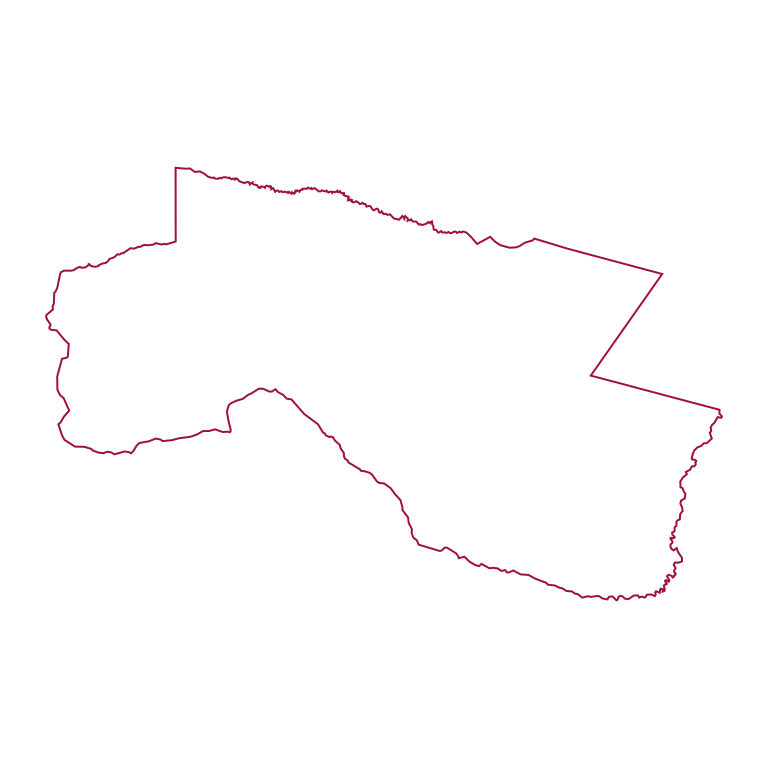 El Carmen, Jujuy, Argentina
{"feature_id": "61730980B76568954927707", "entity_name": "El Carmen", "entity_type": "district", "adm_level": 2, "iso_a3": "ARG", "parent_name": "Argentina", "parent_adm1": "Jujuy", "projection": "robinson", "projection_center": [-65.18, -24.455], "detail": "fine", "context": "isolated", "style": "outline", "palette": "rose", "viewbox_px": 768, "rotation_deg": 0, "n_neighbors": 0, "source": "geoboundaries", "source_scale": "gbopen_adm2", "svg_char_len": 6075}
<svg xmlns="http://www.w3.org/2000/svg" viewBox="0 0 768 768"><path d="M345.2,195.9L343.6,194.9L344.2,193.9L344.0,193.1L341.4,193.2L340.0,191.2L339.2,192.2L337.6,192.1L337.4,190.7L334.9,192.3L333.2,191.7L332.3,192.9L331.7,191.9L330.3,191.6L328.3,192.5L326.7,190.7L326.0,191.5L321.9,190.4L320.9,191.3L318.7,191.3L314.6,188.1L312.1,189.2L311.1,188.0L310.1,188.8L308.0,187.6L306.7,188.8L303.1,188.6L302.4,189.8L301.6,189.4L299.9,190.6L299.5,191.8L297.2,190.4L295.4,190.6L295.2,191.3L295.8,191.8L294.2,193.7L292.3,192.4L292.3,193.4L291.6,193.8L289.3,192.0L288.4,192.7L287.9,191.9L286.9,192.6L285.0,191.7L282.5,192.2L281.4,191.2L279.3,191.9L277.9,190.5L276.4,190.7L275.2,191.8L273.1,188.1L271.2,189.2L271.0,186.6L270.1,186.0L269.3,186.8L266.9,185.7L266.0,185.9L264.9,187.8L263.9,186.8L260.8,186.5L260.2,187.0L260.5,187.7L259.9,188.0L258.5,187.5L257.1,185.2L253.8,184.5L252.2,183.4L252.5,182.5L250.7,183.2L249.9,184.5L248.6,182.1L246.7,182.1L244.5,183.1L242.9,182.6L239.2,181.2L238.0,179.4L236.4,178.4L235.6,178.4L235.7,179.3L234.4,179.6L233.2,178.6L230.9,179.1L229.5,177.6L228.4,178.0L225.5,177.2L222.7,177.4L221.4,178.4L219.8,177.8L218.7,178.6L216.3,178.8L214.4,178.3L214.0,177.6L211.3,177.8L207.7,176.5L204.5,173.8L199.8,171.4L194.8,171.9L190.1,168.5L185.4,168.7L175.6,167.8L175.7,241.5L166.5,244.3L164.1,243.9L161.4,244.5L155.9,243.1L153.3,244.6L147.7,245.3L145.0,244.9L142.3,245.6L140.4,246.8L138.6,246.8L134.2,248.6L130.6,248.2L123.2,253.1L121.4,253.3L119.7,254.5L117.3,254.4L114.2,257.3L109.5,258.9L107.8,261.3L105.8,262.9L102.6,263.5L99.1,265.0L98.2,266.1L95.1,266.8L93.4,266.6L90.7,265.8L89.7,264.4L88.6,264.1L88.3,265.3L85.4,267.4L81.7,267.8L79.9,266.8L75.3,268.8L74.3,270.0L71.1,270.7L63.9,270.7L61.1,272.1L60.2,273.7L57.3,287.8L55.4,291.7L54.3,292.7L53.8,303.7L52.6,306.5L52.9,309.5L46.5,314.9L46.1,316.4L47.0,319.4L50.4,324.3L50.3,326.0L49.4,327.1L49.6,328.9L51.2,329.8L56.6,330.4L64.1,339.5L68.8,344.0L67.8,356.8L66.6,357.8L62.0,358.8L57.2,376.6L57.4,389.8L60.1,395.1L63.7,398.2L69.2,410.6L64.1,416.4L60.3,422.8L58.4,424.2L61.9,435.1L64.5,439.9L74.9,446.6L84.3,446.8L91.0,448.8L92.7,450.4L97.6,452.4L103.4,453.2L107.3,451.7L111.1,452.4L114.5,454.3L124.5,451.5L128.9,452.1L131.1,453.3L133.4,451.0L136.7,445.5L139.4,443.0L148.8,441.3L155.7,438.6L160.5,439.5L162.6,441.1L171.8,440.2L179.3,438.2L190.4,436.8L197.3,434.4L202.8,431.1L209.1,431.0L215.0,429.3L222.7,432.0L227.8,431.7L229.9,432.2L230.7,431.0L230.5,429.0L228.5,420.9L226.9,411.5L228.8,405.1L230.8,403.3L236.5,400.7L242.7,398.9L248.5,394.6L250.4,394.0L259.0,388.6L263.4,388.9L269.2,391.5L272.0,391.5L275.4,389.2L278.1,392.2L283.3,395.0L286.8,398.7L291.4,399.4L304.2,414.0L318.0,424.3L322.9,432.4L325.0,433.7L325.8,435.3L329.2,437.0L330.5,436.6L333.0,437.3L334.8,440.4L339.9,445.0L340.5,448.1L343.8,453.0L344.0,456.4L344.9,458.6L347.8,460.7L348.5,462.5L360.0,469.4L361.2,470.9L364.5,471.2L369.9,472.9L372.2,474.8L376.9,481.4L379.4,483.0L384.0,483.4L390.7,488.2L395.2,494.4L400.4,500.0L402.4,507.0L402.5,510.2L408.1,517.5L408.7,522.9L411.9,529.1L411.6,532.8L413.4,537.7L416.9,540.4L418.6,544.6L439.4,550.9L441.6,550.6L444.8,547.6L446.9,547.6L455.9,553.2L457.9,555.7L458.8,558.2L464.3,556.7L469.4,561.6L475.3,565.1L479.2,566.1L481.4,563.9L489.5,568.3L492.9,567.8L497.9,568.5L501.2,570.9L505.2,570.1L506.8,572.4L508.9,572.4L513.3,570.5L520.6,574.4L528.4,574.9L535.1,578.6L546.4,582.9L547.9,584.7L555.0,585.5L559.3,587.7L562.2,588.3L566.5,591.0L571.7,591.4L575.4,593.8L577.4,593.9L582.3,597.6L588.1,596.2L590.6,596.9L597.4,596.0L599.4,596.3L602.3,598.4L607.3,599.4L609.1,596.8L612.6,596.4L616.3,600.2L617.1,600.1L618.1,598.7L618.5,596.8L620.5,595.8L622.9,596.6L625.0,598.7L628.4,599.1L633.9,595.5L638.0,595.4L639.1,597.5L642.0,596.6L644.8,597.6L646.0,596.5L646.8,594.7L651.5,594.5L654.8,596.1L655.7,594.5L655.2,592.4L656.0,591.3L659.8,592.7L660.1,589.8L660.8,588.6L662.7,589.2L662.6,591.6L664.5,590.9L664.7,589.0L663.8,585.7L664.5,584.8L666.5,584.3L666.8,583.7L665.1,581.5L665.2,580.5L666.3,580.1L668.5,581.7L669.1,581.5L669.3,580.2L667.1,576.3L667.8,575.1L670.1,575.1L671.7,575.9L672.7,577.5L673.9,576.7L674.2,575.3L675.6,574.6L675.6,573.2L674.3,572.2L674.0,570.6L675.6,568.2L673.7,564.7L674.9,562.5L678.6,562.7L682.0,561.3L682.0,557.9L678.3,552.5L676.6,548.1L673.6,550.4L671.1,548.5L670.4,546.4L670.6,544.4L672.5,542.6L672.1,540.7L670.5,539.0L670.6,537.8L673.7,538.2L674.7,537.2L672.2,534.4L672.2,532.5L674.5,531.3L674.7,527.2L676.5,525.8L676.4,522.0L677.3,520.5L679.8,519.4L680.2,514.2L682.6,510.8L682.0,507.0L680.4,503.8L681.0,500.7L684.7,498.5L685.4,493.5L683.9,491.9L682.5,488.0L680.5,487.2L680.3,481.6L682.7,477.6L686.8,474.2L685.8,472.0L690.0,469.8L691.9,466.3L694.4,466.3L695.8,464.2L695.3,462.6L696.3,461.0L694.8,459.8L691.9,459.3L691.9,456.8L694.1,450.6L697.4,447.4L701.3,445.9L703.7,443.4L706.9,443.1L711.8,438.5L709.8,432.8L711.2,431.1L710.7,427.6L711.7,425.3L714.3,422.9L717.7,417.1L721.2,417.8L721.9,416.4L719.4,413.6L719.5,409.8L590.8,375.6L662.2,274.0L567.6,248.7L534.3,238.6L532.6,240.4L524.9,242.7L519.7,246.0L516.2,247.4L509.5,247.7L500.4,245.2L495.1,241.7L490.2,236.8L477.1,244.0L471.2,237.1L466.3,232.5L462.8,231.5L461.2,232.5L459.7,231.7L456.9,233.0L456.0,231.9L454.2,231.5L451.6,233.1L449.7,233.0L448.7,232.0L446.2,233.0L444.9,232.3L442.4,232.6L441.2,231.1L439.0,232.5L438.1,232.5L436.1,229.8L434.2,229.9L433.7,229.4L433.3,225.9L432.3,224.7L432.0,221.4L430.6,221.8L429.8,223.2L428.0,222.1L426.4,223.7L422.0,225.1L420.4,224.1L418.9,224.6L416.2,221.6L412.6,221.4L411.1,219.3L410.1,220.4L408.6,220.0L407.7,220.7L407.7,218.4L405.1,216.0L404.3,217.0L404.3,218.8L402.2,216.0L399.2,219.7L394.0,218.5L389.9,214.3L387.5,214.9L385.6,213.7L383.7,214.1L381.6,211.3L380.6,212.7L379.8,212.7L378.8,211.9L378.3,209.5L377.4,208.7L376.2,208.8L374.3,210.2L373.1,210.1L370.4,206.3L369.0,205.9L366.5,206.6L365.4,204.0L364.0,204.1L362.5,202.7L361.3,203.8L359.8,204.0L358.0,202.2L356.1,201.2L355.5,201.9L353.0,202.4L351.9,201.4L352.1,200.1L351.4,199.6L350.5,199.7L350.4,200.6L349.3,199.7L348.1,200.2L348.4,198.9L348.0,198.5L348.8,197.5L348.7,196.7L345.2,195.9Z" fill="none" stroke="#9f1239" stroke-width="2"/></svg>